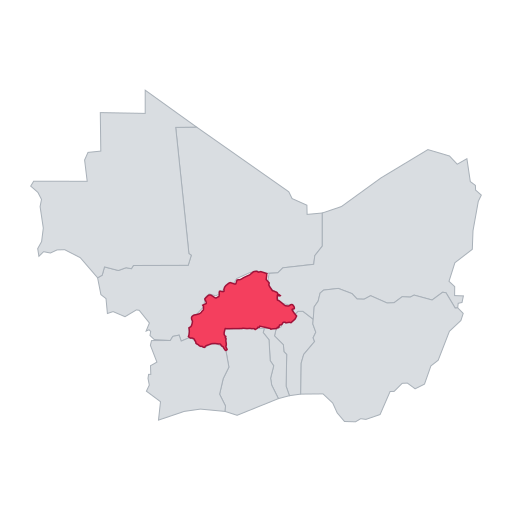 Burkina Faso highlighted, Mercator projection
{"feature_id": "BFA", "entity_name": "Burkina Faso", "entity_type": "country or territory", "adm_level": 0, "iso_a3": "BFA", "parent_name": "Africa", "parent_adm1": "", "projection": "mercator", "projection_center": [-1.603, 12.251], "detail": "fine", "context": "with_neighbors", "style": "filled", "palette": "rose", "viewbox_px": 512, "rotation_deg": 0, "n_neighbors": 8, "source": "natural_earth", "source_scale": "50m", "svg_char_len": 6907}
<svg xmlns="http://www.w3.org/2000/svg" viewBox="0 0 512 512"><path d="M107.4,313.5L106.0,298.6L100.9,294.6L97.6,277.8L102.2,275.2L104.5,266.9L118.4,270.5L126.1,267.7L131.4,268.7L133.4,265.5L188.2,265.3L191.3,255.3L188.9,253.6L175.7,127.4L196.6,127.1L288.8,191.8L292.1,198.6L306.9,205.2L307.1,214.4L322.3,213.0L322.3,246.1L314.8,255.6L313.7,264.3L282.9,267.8L277.8,272.8L260.3,273.5L256.9,270.8L249.4,272.8L236.6,278.6L234.0,283.0L223.4,289.4L221.5,293.0L215.8,295.8L209.2,293.9L205.4,297.4L203.4,307.0L192.6,318.6L192.9,323.3L189.2,329.2L190.1,337.3L181.2,341.1L179.1,335.1L172.8,336.4L170.3,340.5L154.2,339.5L150.0,335.5L150.7,331.4L149.0,329.8L146.1,331.1L149.4,323.0L139.2,310.3L136.4,309.9L125.0,316.7L113.1,311.6L107.4,313.5Z" fill="#d9dde1" stroke="#a8b0b8" stroke-width="1"/><path d="M30.7,186.1L33.7,181.2L87.2,181.3L84.6,160.0L88.0,152.4L100.8,151.1L100.3,112.6L145.2,113.4L145.2,90.2L196.6,127.1L175.7,127.4L188.9,253.6L191.3,255.3L188.2,265.3L133.4,265.5L131.4,268.7L126.1,267.7L118.4,270.5L104.5,266.9L102.2,275.2L97.6,277.8L80.3,257.7L64.7,249.7L57.1,249.9L50.4,253.0L43.6,251.7L38.9,256.3L37.7,248.6L41.6,241.6L43.3,228.1L40.1,206.6L41.5,199.4L37.9,192.4L30.7,186.1Z" fill="#d9dde1" stroke="#a8b0b8" stroke-width="1"/><path d="M300.7,394.1L289.4,395.7L286.1,386.2L286.7,354.5L283.9,351.6L283.4,344.8L274.5,335.9L276.2,328.6L280.9,327.0L283.7,320.9L290.4,319.6L298.0,311.3L302.9,311.3L313.3,319.3L312.8,323.9L315.8,332.2L313.1,337.8L314.6,341.5L303.7,354.4L301.2,363.1L300.7,394.1Z" fill="#d9dde1" stroke="#a8b0b8" stroke-width="1"/><path d="M466.9,158.7L470.3,181.6L475.4,185.4L475.6,190.1L481.3,195.1L478.3,201.3L473.0,230.7L472.3,249.3L454.9,262.7L449.0,281.3L454.7,286.6L454.6,295.6L463.4,295.9L462.0,302.5L458.2,303.3L457.7,307.8L455.2,308.1L446.0,292.8L442.7,292.2L432.1,300.0L414.1,295.1L410.2,297.1L402.2,296.7L394.1,302.7L387.1,303.0L370.6,295.7L364.1,299.2L357.1,299.0L352.0,293.6L338.3,288.4L323.6,290.1L320.1,293.1L318.1,301.2L314.2,306.8L313.3,319.3L302.9,311.3L298.0,311.3L293.4,315.4L293.7,305.8L277.9,302.6L277.5,295.9L269.8,286.7L268.0,280.2L269.1,273.4L277.8,272.8L282.9,267.8L313.7,264.3L314.8,255.6L322.3,246.1L322.3,213.0L341.5,206.5L381.1,177.8L427.9,149.6L449.5,156.0L457.2,164.2L466.9,158.7Z" fill="#d9dde1" stroke="#a8b0b8" stroke-width="1"/><path d="M300.7,394.1L301.2,363.1L303.7,354.4L314.6,341.5L313.1,337.8L315.8,332.2L312.8,323.9L314.2,306.8L318.1,301.2L320.1,293.1L323.6,290.1L338.3,288.4L352.0,293.6L357.1,299.0L364.1,299.2L370.6,295.7L387.1,303.0L394.1,302.7L402.2,296.7L410.2,297.1L414.1,295.1L432.1,300.0L442.7,292.2L446.0,292.8L455.2,308.1L457.7,307.8L463.2,313.4L460.9,320.5L449.4,331.3L438.2,360.2L430.9,365.9L424.5,384.1L415.1,388.8L407.4,383.1L402.2,383.3L394.1,391.4L390.1,391.5L380.1,414.5L365.9,419.4L360.7,418.7L355.5,421.8L344.5,421.5L337.2,412.9L332.7,403.0L323.0,393.9L300.7,394.1Z" fill="#d9dde1" stroke="#a8b0b8" stroke-width="1"/><path d="M276.2,328.6L274.5,335.9L283.4,344.8L283.9,351.6L286.7,354.5L286.1,386.2L289.4,395.7L278.4,398.6L271.7,385.1L270.6,378.2L273.7,365.8L270.2,360.7L269.0,339.8L263.2,332.6L264.3,328.3L276.2,328.6Z" fill="#d9dde1" stroke="#a8b0b8" stroke-width="1"/><path d="M264.3,328.3L263.2,332.6L269.0,339.8L270.2,360.7L273.7,365.8L270.6,378.2L271.7,385.1L278.4,398.6L237.1,415.3L224.9,411.4L225.5,406.0L219.6,394.2L223.2,378.6L228.9,367.1L223.4,336.9L223.7,329.0L264.3,328.3Z" fill="#d9dde1" stroke="#a8b0b8" stroke-width="1"/><path d="M151.5,340.6L170.3,340.5L172.8,336.4L179.1,335.1L181.2,341.1L190.1,337.3L204.7,347.8L209.5,344.3L215.9,343.8L225.3,347.4L228.9,367.1L223.2,378.6L219.6,394.2L225.5,406.0L224.9,411.4L200.4,409.1L184.2,411.4L158.5,420.1L160.5,401.7L146.4,391.2L149.3,385.1L148.0,378.4L148.6,374.4L150.8,374.4L150.5,365.7L156.9,362.1L150.4,345.3L151.5,340.6Z" fill="#d9dde1" stroke="#a8b0b8" stroke-width="1"/><path d="M276.2,328.6L272.7,328.8L271.4,329.1L270.7,329.1L270.6,328.8L270.5,328.6L266.1,327.5L263.0,326.9L259.8,326.2L259.7,326.9L259.2,327.3L258.5,327.3L258.0,327.2L257.7,327.7L257.2,328.4L256.5,328.7L255.8,329.2L255.4,329.5L255.1,329.5L254.3,328.7L253.4,328.6L251.6,328.7L250.8,328.5L249.7,328.4L247.1,328.6L242.9,328.2L242.2,328.4L242.1,328.5L238.0,328.6L233.4,328.6L229.6,328.7L226.3,328.7L225.3,328.5L225.1,328.8L224.2,332.3L224.1,334.2L224.6,335.4L225.2,336.1L225.8,336.4L225.8,336.8L225.3,337.4L225.4,337.9L226.0,338.5L226.1,339.1L225.8,339.7L225.9,341.3L226.3,343.7L226.3,345.2L225.9,345.9L226.1,347.2L226.9,348.9L227.1,349.6L226.8,349.9L226.1,350.4L225.4,350.4L224.6,349.3L224.3,348.9L223.6,347.8L223.1,346.8L222.3,346.3L221.6,345.9L220.7,344.5L219.9,343.9L219.0,344.0L217.6,343.8L215.0,343.5L212.1,343.6L210.9,343.9L209.8,344.4L206.8,345.4L205.6,346.0L204.7,347.3L203.7,347.3L202.7,346.9L202.1,346.3L200.7,346.4L199.4,345.8L198.1,344.6L197.2,344.2L196.0,343.4L195.7,341.8L194.9,340.6L194.2,339.1L193.2,338.4L192.0,338.0L190.4,338.1L189.3,337.4L188.4,336.5L188.7,335.7L189.0,334.6L189.1,333.5L189.3,331.7L189.2,329.5L188.9,327.9L189.8,327.3L190.8,326.7L191.5,325.6L192.2,323.3L192.5,321.2L192.2,320.5L191.9,319.9L191.6,319.0L191.5,317.9L191.7,317.0L192.4,316.1L193.4,315.4L194.1,315.0L196.0,314.7L198.4,314.1L199.7,313.5L200.7,312.9L201.2,312.4L201.8,311.4L202.7,310.6L203.4,309.8L203.5,307.7L203.5,306.4L203.0,305.7L202.7,305.2L206.2,303.5L206.2,302.3L205.7,300.9L205.0,299.8L204.8,298.9L205.7,297.8L206.6,297.0L207.2,296.3L208.6,295.2L210.0,294.9L211.3,295.3L215.1,297.8L215.7,298.0L216.5,297.8L217.5,297.1L218.8,296.6L219.3,294.9L219.2,292.5L219.5,291.3L220.2,291.1L222.4,291.6L223.0,291.6L223.6,291.5L224.1,291.0L224.0,290.2L223.9,289.5L224.6,287.2L225.9,285.5L228.6,283.3L229.4,282.9L230.3,282.6L235.0,284.1L235.8,283.8L237.0,280.1L238.2,279.7L239.8,279.7L240.8,279.3L241.3,279.1L243.5,277.7L247.5,275.8L249.6,274.9L250.0,274.6L251.5,273.3L253.5,271.7L254.8,271.4L256.6,271.3L257.7,271.6L258.0,272.0L258.4,272.2L260.7,271.6L264.0,272.6L266.9,273.6L266.7,274.3L266.7,275.5L266.5,277.3L266.2,279.5L267.4,280.9L268.8,282.5L269.2,283.0L268.8,284.6L269.0,285.4L269.8,286.9L271.1,288.8L272.4,290.7L273.3,290.9L274.1,291.1L274.7,291.4L275.4,291.8L276.2,292.0L276.9,292.4L277.3,292.8L277.8,294.0L279.3,294.8L280.3,295.6L279.9,295.9L278.6,295.8L277.4,295.4L277.3,296.0L277.2,298.2L277.4,300.0L277.7,300.2L278.9,300.6L281.8,302.9L284.4,305.1L285.3,305.7L286.8,305.9L288.4,306.0L289.1,305.8L290.7,304.7L291.5,304.5L292.3,304.6L292.7,304.8L293.4,305.7L294.2,307.0L294.4,308.1L294.3,308.6L294.0,308.8L292.8,309.1L292.2,309.3L292.1,309.6L292.3,310.2L292.5,310.7L293.9,312.7L296.0,315.3L296.6,316.0L296.2,316.8L295.2,318.9L294.4,319.7L291.0,322.7L289.3,322.3L285.8,322.9L285.3,322.3L284.4,322.2L283.4,322.3L283.1,322.5L282.9,322.8L282.6,323.2L281.9,324.4L281.4,324.7L280.8,324.9L280.0,324.9L279.6,325.0L279.6,325.6L279.4,326.1L278.9,326.3L278.7,326.9L278.8,327.5L278.4,327.7L277.8,327.6L277.4,327.4L277.0,328.1L276.6,328.6L276.2,328.6Z" fill="#f43f5e" stroke="#9f1239" stroke-width="1.5"/></svg>